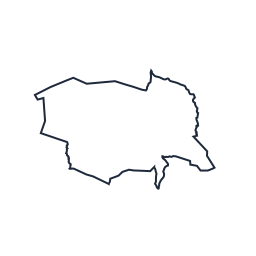 San Pedro Sochiápam, Oaxaca, Mexico (Natural Earth projection), rotated 315°
{"feature_id": "50627088B80283041271538", "entity_name": "San Pedro Sochiápam", "entity_type": "district", "adm_level": 2, "iso_a3": "MEX", "parent_name": "Mexico", "parent_adm1": "Oaxaca", "projection": "natural_earth1", "projection_center": [-96.643, 17.816], "detail": "fine", "context": "isolated", "style": "outline", "palette": "slate", "viewbox_px": 256, "rotation_deg": 315, "n_neighbors": 0, "source": "geoboundaries", "source_scale": "gbopen_adm2", "svg_char_len": 4698}
<svg xmlns="http://www.w3.org/2000/svg" viewBox="0 0 256 256"><g transform="rotate(315 128 128)"><path d="M66.6,102.0L66.8,102.2L66.8,102.3L66.8,102.5L66.7,102.7L65.8,103.8L65.7,103.9L65.7,104.0L65.7,104.3L65.6,104.5L65.7,105.1L65.8,105.2L65.8,105.6L65.8,105.8L65.7,106.1L65.4,106.2L65.3,106.4L65.3,106.5L65.2,106.5L65.0,106.8L64.9,106.9L64.8,107.0L64.8,107.3L64.8,107.6L64.7,107.8L64.6,108.0L64.4,108.1L64.1,108.1L63.9,108.0L63.7,108.2L63.6,108.5L63.5,108.8L63.3,109.1L63.0,109.3L62.7,109.5L62.4,109.7L62.2,109.9L62.1,110.0L61.9,110.4L61.8,110.5L61.8,110.9L61.8,111.1L61.7,111.3L61.6,111.5L61.6,111.8L61.7,112.3L61.9,112.9L61.9,113.0L61.7,113.3L61.5,113.5L61.2,113.6L60.9,113.8L60.7,113.8L60.4,114.0L60.1,114.3L59.9,114.5L59.6,114.8L59.4,115.0L59.1,115.2L59.0,115.3L58.8,115.4L58.6,115.4L58.5,115.5L58.3,115.5L58.2,115.5L58.0,115.4L57.9,115.4L57.9,115.6L60.8,118.1L65.7,131.4L69.1,137.6L74.7,153.6L74.8,154.0L75.2,153.7L76.8,153.3L77.4,153.0L78.1,152.4L78.6,152.1L79.7,151.3L80.8,151.9L87.6,155.0L93.1,155.1L97.8,157.5L99.2,158.2L102.2,162.3L102.3,162.4L103.9,164.1L106.7,167.1L113.2,174.2L119.0,174.1L118.7,174.4L118.5,175.2L118.4,175.7L117.9,176.9L117.0,178.2L116.7,178.7L116.5,179.2L116.3,179.6L115.9,180.2L115.6,180.7L114.5,181.3L112.8,182.8L112.1,183.4L111.0,184.5L110.7,184.9L110.0,185.5L109.6,185.8L108.7,186.2L108.1,186.3L107.8,186.5L107.5,187.2L107.5,187.6L107.4,188.3L107.3,188.8L107.1,189.2L106.9,189.6L106.6,189.9L106.5,190.5L106.4,191.1L106.4,191.7L106.5,192.3L106.9,192.4L107.3,192.2L107.5,191.9L107.7,191.6L108.1,191.5L108.4,191.2L108.9,190.8L109.4,190.7L109.7,190.5L110.1,190.0L110.6,189.6L111.0,189.4L111.4,189.2L111.9,189.1L112.5,188.9L112.9,188.7L113.6,188.4L114.5,188.3L115.0,188.2L115.6,188.1L116.0,188.0L116.4,188.1L117.7,187.9L118.2,187.8L119.0,187.6L119.5,187.3L119.9,187.0L120.3,186.6L120.7,186.3L121.1,185.9L121.5,185.3L121.8,184.5L121.9,183.9L122.3,183.6L122.7,183.4L123.2,183.2L123.8,183.1L124.9,182.3L125.2,182.3L126.1,182.0L126.5,182.0L126.9,181.9L127.4,181.9L127.8,182.1L128.3,182.2L128.9,182.3L129.3,182.6L129.6,182.8L130.1,182.5L130.5,182.1L130.8,181.8L131.0,181.3L131.2,179.8L131.4,178.4L131.5,177.8L131.6,176.8L131.5,176.1L131.4,175.5L131.3,174.9L131.4,174.2L131.4,173.6L131.6,173.0L131.9,172.7L132.3,172.3L132.7,172.7L132.9,173.3L133.0,173.7L133.1,174.2L133.3,174.5L133.6,174.8L133.9,175.0L134.4,175.1L134.6,175.3L135.0,175.9L135.7,176.6L136.0,176.9L136.5,177.2L137.2,177.3L137.4,177.6L137.7,178.0L137.9,178.4L138.1,178.9L138.4,179.2L139.0,179.5L139.6,179.6L139.9,179.7L140.4,180.1L140.8,180.6L141.3,181.3L141.8,181.9L148.6,195.2L146.2,198.0L150.0,203.5L149.2,209.4L154.3,214.5L158.6,216.4L161.1,217.2L164.2,203.5L167.5,200.5L168.2,180.4L171.3,182.2L171.5,181.7L172.2,181.3L172.1,180.5L172.6,180.3L172.7,179.6L173.6,179.5L173.9,177.5L174.8,176.9L176.4,176.2L177.7,175.9L177.7,174.9L178.1,174.8L179.3,175.8L180.5,174.4L181.4,172.7L182.3,170.5L183.5,169.2L184.3,169.7L187.9,167.2L187.9,166.6L188.2,166.6L188.2,165.1L191.1,163.1L191.0,162.6L191.4,160.5L192.2,158.6L193.1,157.7L192.8,155.6L193.2,154.7L193.8,154.1L194.6,154.0L195.2,153.6L196.8,153.8L197.1,153.1L198.1,151.0L198.1,150.4L196.5,148.8L195.9,147.8L196.1,147.0L196.7,145.4L197.1,144.8L197.5,143.9L197.3,143.3L197.1,142.7L196.9,142.1L196.9,141.3L197.4,140.4L197.6,139.7L197.8,139.3L197.9,138.5L197.8,138.1L197.6,137.8L197.4,137.3L197.0,136.4L196.6,135.6L195.9,134.4L195.3,132.4L194.7,131.0L193.3,128.4L191.5,125.3L191.2,124.6L191.1,123.9L191.1,123.4L191.2,122.9L191.5,121.8L191.1,121.1L190.2,120.6L189.4,120.4L188.7,120.0L188.2,119.5L188.0,119.3L187.2,117.6L186.9,116.5L186.5,115.4L186.2,114.6L185.8,113.8L185.3,113.1L185.0,112.5L184.5,111.9L184.1,111.0L183.7,109.9L183.7,108.8L183.8,108.2L183.7,107.4L183.8,106.7L183.8,106.3L184.0,105.8L184.6,105.2L184.8,104.7L184.8,104.4L184.9,103.9L184.4,104.2L183.6,104.5L182.8,105.2L182.4,105.9L182.1,106.3L181.5,106.9L181.1,107.3L180.9,107.7L180.5,108.1L179.9,108.6L179.0,109.3L178.5,109.6L178.3,109.9L177.8,110.4L177.4,110.6L177.0,110.9L176.6,111.3L176.1,111.5L175.6,111.5L175.0,111.2L174.5,111.3L174.0,111.4L173.6,111.3L173.3,111.6L172.9,111.7L172.5,112.0L172.0,112.2L171.6,112.2L171.1,112.4L170.6,112.5L170.1,112.9L169.7,113.2L169.3,113.5L168.9,113.8L168.5,113.9L167.7,114.0L167.2,114.1L164.9,110.7L160.7,102.3L156.7,95.0L151.9,85.7L130.1,67.5L124.8,53.8L117.9,50.8L102.3,44.3L85.5,38.8L84.2,44.0L89.4,47.0L74.3,64.4L62.7,70.0L69.0,82.7L70.3,85.4L71.4,87.6L72.4,89.6L74.6,94.1L75.0,94.6L74.9,95.0L74.6,95.8L74.5,96.0L74.3,96.3L74.2,96.4L74.0,96.8L73.6,97.1L73.1,97.2L72.5,97.0L72.1,97.7L71.0,98.0L70.9,98.8L70.8,99.0L70.8,99.6L69.8,99.6L69.5,100.0L69.3,100.3L69.0,100.6L68.7,100.9L68.3,101.2L66.6,102.0Z" fill="none" stroke="#1e293b" stroke-width="2"/></g></svg>